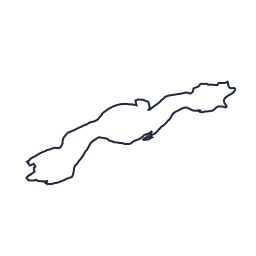 Saf, Al Jizah, Egypt (Robinson projection), rotated 243°
{"feature_id": "37247803B22185494316404", "entity_name": "Saf", "entity_type": "district", "adm_level": 2, "iso_a3": "EGY", "parent_name": "Egypt", "parent_adm1": "Al Jizah", "projection": "robinson", "projection_center": [31.294, 29.62], "detail": "fine", "context": "isolated", "style": "outline", "palette": "slate", "viewbox_px": 256, "rotation_deg": 243, "n_neighbors": 0, "source": "geoboundaries", "source_scale": "gbopen_adm2", "svg_char_len": 5149}
<svg xmlns="http://www.w3.org/2000/svg" viewBox="0 0 256 256"><g transform="rotate(243 128 128)"><path d="M126.5,15.6L126.3,16.2L124.8,18.6L123.8,20.7L123.6,22.6L122.1,23.3L120.5,25.6L119.0,28.2L118.1,29.7L118.0,30.0L117.5,31.7L116.9,31.4L117.3,30.4L117.4,29.2L116.1,29.7L114.5,31.0L113.6,32.9L113.3,33.6L113.2,33.8L112.6,34.9L112.3,37.2L111.3,40.4L110.9,43.1L110.8,45.7L110.5,47.9L110.6,50.3L110.3,52.6L110.1,54.0L109.9,55.7L110.4,56.6L111.2,57.5L112.4,58.6L114.1,60.0L115.5,60.9L116.2,61.5L116.3,61.5L117.5,62.6L118.5,63.8L119.4,66.7L120.7,68.8L121.7,71.2L122.6,73.1L123.3,74.6L124.5,76.5L125.5,78.0L126.6,79.8L127.3,81.8L128.9,84.0L129.7,85.1L131.5,87.9L132.1,89.6L132.5,91.6L132.6,92.4L132.6,93.7L133.0,96.4L133.0,96.5L132.8,98.3L131.8,99.4L129.5,102.6L127.6,104.8L126.3,105.1L125.0,105.8L124.7,106.2L124.0,107.1L122.9,108.3L121.5,109.2L120.6,110.9L119.8,112.1L119.1,112.9L118.4,113.7L118.0,114.6L117.3,116.0L115.5,117.5L114.8,118.6L113.4,121.5L113.0,123.0L113.0,124.0L113.6,125.9L113.6,127.7L113.6,129.1L113.2,130.7L113.1,132.5L113.0,134.5L113.4,135.8L113.8,137.6L114.4,139.5L114.2,140.7L114.1,141.2L114.1,141.8L113.8,142.7L113.8,143.5L113.7,144.0L113.7,145.3L113.7,145.9L114.3,147.0L114.2,147.3L113.6,147.3L113.3,146.5L113.2,145.8L113.0,144.5L113.1,143.9L113.6,142.4L113.4,141.3L113.1,142.5L112.9,142.9L111.5,145.4L110.8,147.4L110.8,148.9L111.0,150.1L111.4,151.5L112.1,153.5L112.8,155.3L112.8,155.5L114.0,158.3L114.0,159.9L114.5,161.6L114.7,163.1L115.4,164.7L116.4,166.9L116.7,168.7L117.8,170.6L119.0,172.3L120.0,174.0L120.6,175.7L120.9,177.6L120.9,178.8L120.8,181.2L120.9,183.7L120.6,187.0L120.4,187.7L120.1,188.8L119.0,190.0L117.7,191.1L115.6,192.6L113.8,194.2L112.3,196.8L111.9,198.1L111.6,199.3L111.2,200.0L110.8,200.3L110.4,200.0L110.7,199.3L111.0,198.5L109.9,199.2L109.1,200.2L108.6,201.0L108.1,202.1L107.8,203.3L107.6,204.4L107.1,205.5L106.6,206.3L106.6,207.0L106.2,207.7L105.8,209.2L105.2,210.7L105.2,212.0L105.2,212.9L105.7,214.4L106.1,215.8L106.3,217.3L106.2,218.2L105.7,219.4L105.0,220.6L103.1,223.3L102.1,224.3L102.0,225.3L102.4,225.5L103.2,225.7L103.4,225.7L104.2,225.6L105.4,225.4L106.3,225.2L106.7,225.3L107.8,225.6L109.1,226.0L109.4,226.3L109.6,226.5L110.2,227.3L110.3,227.5L110.8,228.5L111.0,229.4L111.2,230.9L111.5,232.4L111.4,234.6L111.4,235.1L111.5,235.6L111.8,236.9L111.8,237.3L111.9,237.9L112.3,238.6L112.3,238.9L113.2,240.2L113.4,240.6L113.6,240.8L114.2,241.2L115.2,240.9L115.6,240.6L115.9,239.6L116.0,239.3L116.3,238.7L116.5,238.2L117.2,237.5L117.5,237.1L117.8,236.7L119.1,236.6L119.7,236.6L120.2,236.7L120.4,236.8L121.0,237.1L121.4,237.1L122.0,237.2L122.5,237.4L122.7,237.5L124.0,237.8L124.2,234.6L125.9,231.3L127.0,229.2L125.6,227.1L129.3,221.1L129.5,220.2L130.2,219.1L131.5,218.5L131.8,217.9L132.1,217.1L132.8,215.7L134.2,213.3L134.2,212.4L133.0,209.5L133.2,208.1L133.5,204.3L131.0,202.4L130.2,199.5L130.5,199.2L133.2,196.2L134.4,191.1L135.8,187.1L137.8,180.9L138.2,179.9L138.9,175.6L138.0,172.7L137.5,169.9L136.7,168.2L136.2,165.1L135.7,162.2L135.1,158.5L134.4,155.6L134.9,154.7L135.3,155.6L135.4,156.3L141.9,158.1L146.2,154.3L148.8,150.1L149.1,147.1L144.4,145.9L144.8,145.5L146.5,143.3L147.7,141.6L147.9,141.0L148.1,140.4L148.7,139.5L149.2,139.0L150.3,137.3L151.8,133.9L152.3,133.0L152.9,131.0L153.5,128.4L153.6,127.1L153.8,126.1L153.8,125.7L154.0,123.9L153.9,122.1L153.9,120.0L153.9,119.5L153.2,114.6L152.7,112.3L151.7,110.6L150.4,107.5L149.9,106.3L149.4,105.1L149.2,103.7L149.2,103.0L149.2,102.1L149.2,101.3L149.6,99.4L150.1,97.5L150.2,96.5L150.4,95.4L150.1,94.4L149.9,92.7L150.1,92.0L150.3,91.3L150.4,90.8L150.4,90.4L150.3,89.1L150.4,86.8L150.6,82.9L150.6,82.2L150.5,80.5L150.6,79.4L150.6,78.9L150.5,78.6L150.5,77.9L150.8,77.5L150.8,77.0L150.8,76.1L150.8,75.3L151.0,73.4L151.2,72.5L151.0,72.2L150.7,71.2L150.5,70.3L149.8,68.9L149.5,68.2L149.3,67.9L148.8,66.7L148.7,66.2L148.2,65.6L147.0,64.9L146.7,64.3L145.8,63.4L144.3,63.0L143.0,61.5L141.8,59.8L141.5,59.1L141.5,58.2L141.5,57.3L141.8,57.0L142.3,56.3L142.3,55.5L143.5,54.1L144.0,52.0L144.2,50.3L144.6,47.8L145.1,45.7L145.0,44.3L145.2,42.3L145.3,40.2L145.4,37.4L145.2,34.7L145.0,32.3L145.2,30.2L145.0,28.6L145.0,27.5L144.4,26.4L144.4,26.2L144.1,25.4L143.8,24.3L143.9,23.2L143.9,22.9L143.7,23.0L143.0,23.3L142.5,23.4L142.3,22.8L141.9,22.9L140.1,23.4L139.0,23.7L139.0,23.9L139.0,24.4L139.0,26.0L138.9,26.7L138.9,27.6L137.6,27.8L137.2,27.8L135.7,28.0L135.5,26.9L135.3,26.1L134.8,26.1L134.1,25.6L133.4,25.1L132.6,25.0L132.2,25.0L131.6,25.0L131.6,24.9L131.6,24.6L131.6,24.4L131.5,24.1L131.4,23.8L131.3,23.3L131.2,22.7L131.1,22.2L131.0,21.7L130.9,21.2L130.9,20.9L130.8,20.7L130.8,20.0L130.8,19.6L130.8,19.3L130.8,18.8L130.6,18.9L130.6,18.6L130.6,18.1L130.5,17.6L130.5,17.4L130.5,17.2L130.4,17.0L130.4,16.8L130.3,16.7L130.3,16.4L130.2,16.2L130.1,15.9L130.0,15.7L129.9,15.4L129.6,14.8L129.4,14.9L129.2,15.0L128.8,15.1L128.5,15.2L128.3,15.3L128.0,15.3L127.8,15.4L127.6,15.4L127.3,15.5L127.0,15.5L126.5,15.6L126.5,15.6ZM108.6,142.7L108.6,145.3L110.0,144.8L110.2,144.2L110.3,143.2L110.9,141.5L111.0,141.0L111.5,140.4L111.0,139.8L111.4,137.9L110.9,136.3L110.2,136.4L110.0,137.2L109.8,138.0L108.6,140.4L108.6,142.7Z" fill="none" stroke="#1e293b" stroke-width="2"/></g></svg>